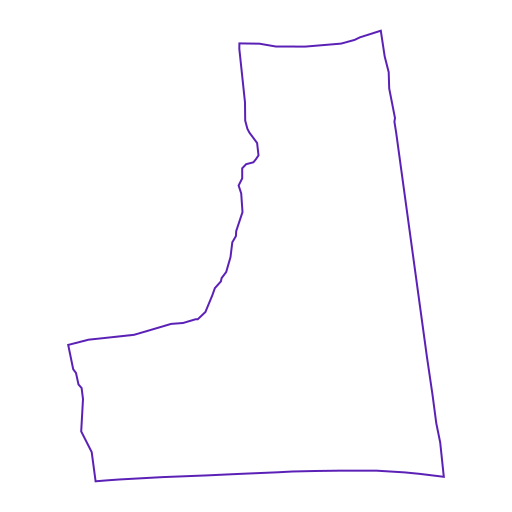 Iztapa, Escuintla, Guatemala (Natural Earth projection)
{"feature_id": "79465075B85452841744981", "entity_name": "Iztapa", "entity_type": "district", "adm_level": 2, "iso_a3": "GTM", "parent_name": "Guatemala", "parent_adm1": "Escuintla", "projection": "natural_earth1", "projection_center": [-90.708, 13.973], "detail": "fine", "context": "isolated", "style": "outline", "palette": "violet", "viewbox_px": 512, "rotation_deg": 0, "n_neighbors": 0, "source": "geoboundaries", "source_scale": "gbopen_adm2", "svg_char_len": 992}
<svg xmlns="http://www.w3.org/2000/svg" viewBox="0 0 512 512"><path d="M239.4,43.4L239.3,48.7L245.0,102.5L245.2,120.6L247.4,128.8L249.4,132.6L257.1,143.0L258.5,155.4L255.7,159.5L253.4,162.3L246.1,164.2L242.2,168.3L242.2,178.4L238.6,185.5L241.2,193.4L242.5,212.1L236.2,231.1L235.9,236.1L232.3,242.3L230.5,257.1L226.2,272.0L221.6,278.1L220.9,281.4L214.9,288.1L212.2,295.6L205.4,312.0L197.7,319.3L195.8,319.2L183.0,323.0L171.1,323.9L134.1,334.8L88.5,339.7L68.2,344.9L73.2,369.2L76.0,373.0L78.5,384.5L81.6,388.0L83.0,399.1L81.2,431.4L91.7,452.1L95.6,481.3L106.5,480.4L119.0,479.5L162.8,477.1L207.0,475.4L232.7,474.2L248.8,473.5L277.5,472.3L292.4,471.5L314.9,471.0L337.1,470.7L358.0,470.7L377.0,470.7L404.8,472.4L420.0,473.9L443.8,476.8L440.2,442.5L436.3,423.4L432.5,394.7L426.9,356.7L396.2,132.9L394.4,121.6L395.0,118.1L389.2,88.5L388.7,72.2L384.7,56.5L380.8,30.7L360.0,37.3L354.6,39.9L341.1,43.6L305.2,46.6L275.8,46.5L259.5,43.7L239.4,43.4Z" fill="none" stroke="#5b21b6" stroke-width="2"/></svg>